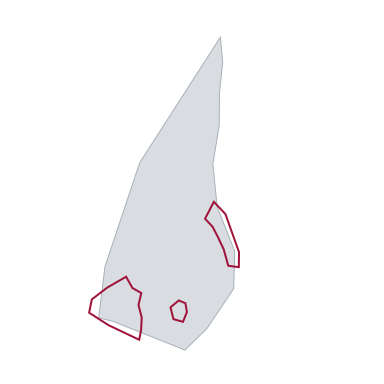 Balzers highlighted on a map of Liechtenstein, rotated 16°
{"feature_id": "LIE-4894", "entity_name": "Balzers", "entity_type": "state/province", "adm_level": 1, "iso_a3": "LIE", "parent_name": "Liechtenstein", "parent_adm1": "", "projection": "albers", "projection_center": [9.549, 47.108], "detail": "fine", "context": "in_parent", "style": "outline", "palette": "rose", "viewbox_px": 384, "rotation_deg": 16, "n_neighbors": 0, "source": "natural_earth", "source_scale": "10m", "svg_char_len": 754}
<svg xmlns="http://www.w3.org/2000/svg" viewBox="0 0 384 384"><g transform="rotate(16 192 192)"><path d="M228.8,345.9L151.5,338.1L137.0,338.8L128.9,287.5L133.7,178.1L176.6,35.4L185.7,58.8L191.0,88.7L199.8,120.5L204.4,159.5L220.4,199.6L249.4,237.2L258.7,273.5L244.0,319.1L228.8,345.9Z" fill="#d9dde1" stroke="#a8b0b8" stroke-width="1"/><path d="M182.0,348.6L148.7,343.1L126.4,336.4L125.3,322.8L136.9,307.2L152.0,291.6L161.2,300.7L171.1,303.1L171.7,315.3L178.3,326.6L181.1,338.7L182.0,348.6ZM215.7,195.4L230.2,204.0L253.8,236.9L257.7,251.3L247.2,252.9L238.3,238.4L229.0,227.8L221.3,219.7L211.9,214.1L215.7,195.4ZM209.2,299.9L216.3,300.7L220.2,308.8L219.1,319.3L209.2,319.3L203.1,308.8L209.2,299.9Z" fill="none" stroke="#9f1239" stroke-width="2"/></g></svg>